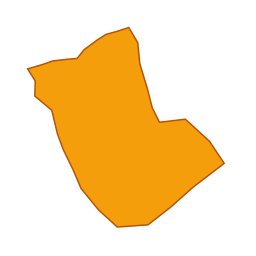 Korakou, Nicosia, Cyprus, rotated 260°
{"feature_id": "46923920B50913956941924", "entity_name": "Korakou", "entity_type": "district", "adm_level": 2, "iso_a3": "CYP", "parent_name": "Cyprus", "parent_adm1": "Nicosia", "projection": "mercator", "projection_center": [32.877, 35.036], "detail": "fine", "context": "isolated", "style": "filled", "palette": "amber", "viewbox_px": 256, "rotation_deg": 260, "n_neighbors": 0, "source": "geoboundaries", "source_scale": "gbopen_adm2", "svg_char_len": 520}
<svg xmlns="http://www.w3.org/2000/svg" viewBox="0 0 256 256"><g transform="rotate(260 128 128)"><path d="M175.6,41.8L158.7,56.0L134.3,57.5L117.6,60.6L96.3,66.7L76.5,71.3L52.1,85.0L32.3,100.3L29.2,130.9L43.0,156.9L58.2,181.4L76.5,216.6L100.8,205.9L126.7,186.0L128.2,160.0L143.5,155.4L163.3,153.9L189.2,150.8L210.5,152.4L226.8,146.2L224.9,132.1L224.0,122.7L220.2,113.3L212.7,98.3L205.3,89.9L206.2,80.5L207.1,65.5L205.3,54.2L203.7,39.4L190.5,44.8L175.6,41.8Z" fill="#f59e0b" stroke="#b45309" stroke-width="1.5"/></g></svg>